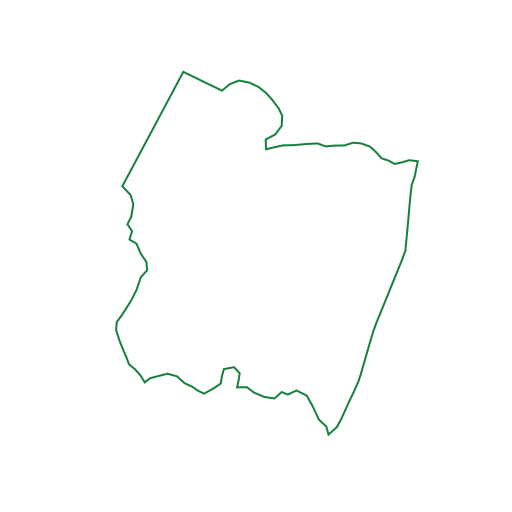 the district of São Domingos, Paraíba, Brazil, rotated 122°
{"feature_id": "56859067B84117834141491", "entity_name": "São Domingos", "entity_type": "district", "adm_level": 2, "iso_a3": "BRA", "parent_name": "Brazil", "parent_adm1": "Paraíba", "projection": "mercator", "projection_center": [-37.944, -6.804], "detail": "fine", "context": "isolated", "style": "outline", "palette": "green", "viewbox_px": 512, "rotation_deg": 122, "n_neighbors": 0, "source": "geoboundaries", "source_scale": "gbopen_adm2", "svg_char_len": 1406}
<svg xmlns="http://www.w3.org/2000/svg" viewBox="0 0 512 512"><g transform="rotate(122 256 256)"><path d="M138.4,415.2L267.7,406.3L270.8,394.5L277.1,387.5L288.7,382.6L297.2,381.9L300.6,374.3L309.1,372.0L308.8,364.1L315.1,354.9L319.2,345.7L325.7,340.8L335.2,342.4L347.9,339.4L359.0,338.3L369.0,338.3L377.7,338.5L385.9,339.0L392.9,335.4L400.1,326.9L406.6,318.1L410.2,312.7L415.1,306.4L416.2,298.5L418.7,290.3L422.1,283.3L415.8,281.1L410.2,275.8L402.8,268.8L399.9,259.2L401.7,249.1L400.6,241.0L401.0,234.0L400.3,227.2L391.5,222.2L382.8,218.3L376.0,221.2L368.9,223.3L361.9,215.6L364.1,207.7L370.8,204.8L377.4,202.4L372.1,194.2L372.9,185.3L371.1,174.1L366.9,164.7L357.8,162.2L356.6,155.6L348.6,150.4L347.5,139.0L353.4,128.3L361.5,115.8L363.4,106.0L369.0,99.9L358.3,96.8L350.3,97.2L339.4,98.6L329.8,99.9L317.6,101.3L308.1,102.7L301.8,104.2L272.9,112.4L259.2,116.2L250.0,118.3L230.9,121.6L182.1,130.1L172.4,132.1L143.9,146.4L136.9,150.0L121.5,157.7L112.9,161.7L104.9,163.4L89.9,169.0L93.6,176.9L99.3,181.9L104.5,187.3L104.8,193.9L106.6,201.3L104.3,209.2L102.8,217.2L104.8,226.5L108.5,233.7L115.4,239.6L120.7,247.8L126.1,255.0L127.9,263.4L134.0,272.2L141.6,282.2L147.9,291.8L154.2,298.2L160.2,304.1L152.0,309.5L142.7,304.1L132.0,303.2L123.2,308.1L118.9,314.8L114.7,325.8L112.4,334.0L111.3,343.2L112.4,353.2L116.2,363.4L124.3,369.4L133.8,372.5L138.4,415.2Z" fill="none" stroke="#15803d" stroke-width="2"/></g></svg>